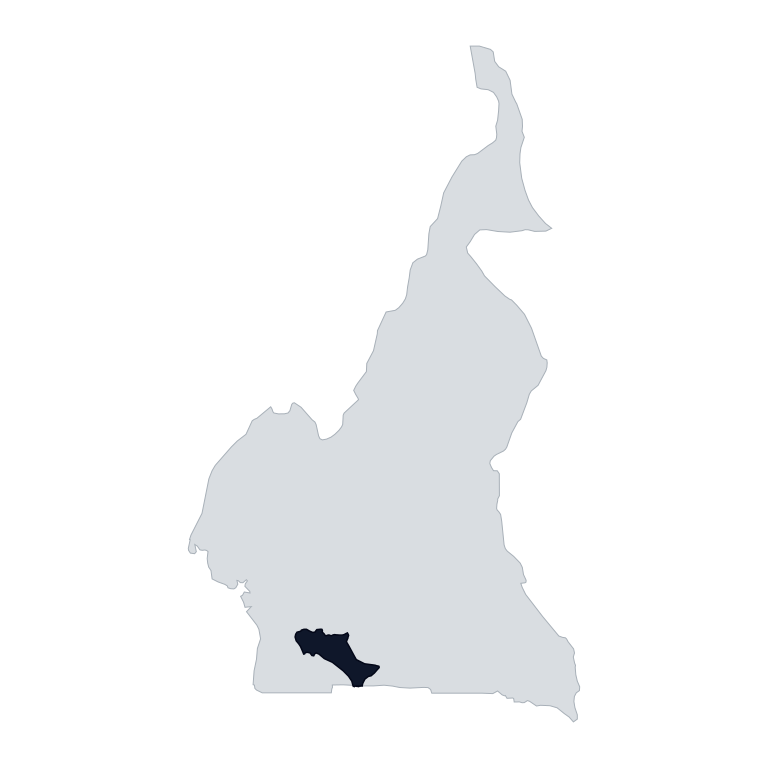 Mvila, Sud, Cameroon (highlighted)
{"feature_id": "32672807B58704883317804", "entity_name": "Mvila", "entity_type": "district", "adm_level": 2, "iso_a3": "CMR", "parent_name": "Cameroon", "parent_adm1": "Sud", "projection": "natural_earth1", "projection_center": [11.499, 2.757], "detail": "fine", "context": "in_parent", "style": "filled", "palette": "ink", "viewbox_px": 768, "rotation_deg": 0, "n_neighbors": 0, "source": "geoboundaries", "source_scale": "gbopen_adm2", "svg_char_len": 5158}
<svg xmlns="http://www.w3.org/2000/svg" viewBox="0 0 768 768"><path d="M189.5,539.6L191.0,535.0L202.0,513.4L208.9,478.8L212.1,470.7L215.3,465.3L231.4,446.9L237.3,441.0L246.0,434.3L252.2,420.8L254.2,419.4L257.0,418.2L270.7,406.8L272.0,409.0L272.9,411.7L273.9,413.0L278.4,413.9L284.5,413.8L288.0,413.0L289.9,410.7L291.8,404.3L292.9,403.1L294.4,402.8L301.1,407.3L312.1,419.8L314.9,422.0L316.1,424.5L318.6,435.9L319.9,438.7L322.3,439.9L326.6,439.1L331.1,437.1L335.0,434.2L338.9,430.4L341.5,427.0L342.7,424.5L343.2,415.2L344.1,413.1L358.5,399.7L358.1,398.4L355.8,394.6L353.7,390.4L355.8,386.1L358.0,382.8L366.4,371.6L366.8,363.4L373.5,350.7L377.3,333.8L377.5,330.6L386.1,312.0L395.3,310.3L398.8,307.7L402.8,303.1L405.4,298.8L406.7,294.7L407.6,286.9L409.2,277.9L410.2,270.0L412.9,262.7L417.5,259.1L425.4,256.0L426.6,254.6L427.8,249.8L428.9,233.7L430.2,226.6L437.6,218.6L440.8,206.0L443.7,192.8L452.0,176.9L461.8,161.1L466.3,156.8L470.1,154.9L474.5,154.7L477.6,153.5L488.1,145.6L492.5,142.9L495.7,140.2L496.5,137.8L496.8,134.3L495.8,126.2L497.6,120.2L498.6,110.9L499.0,103.6L498.6,101.1L496.7,96.9L493.5,92.4L488.2,89.7L481.0,88.9L477.1,87.3L475.7,79.0L475.2,73.7L470.2,46.1L479.4,46.1L490.5,49.4L493.2,51.9L494.7,61.4L498.7,66.8L505.7,71.2L510.1,80.3L511.9,94.1L515.8,102.3L516.7,103.7L522.2,119.3L522.5,126.4L522.0,131.3L524.3,137.3L520.9,147.5L520.0,153.8L519.7,162.7L521.7,178.2L525.0,190.3L528.5,200.0L532.4,207.5L538.7,215.9L545.5,223.5L551.7,228.3L545.9,231.1L534.7,231.4L528.2,229.8L525.1,229.7L522.0,230.7L510.0,232.2L497.9,231.5L486.6,229.6L479.8,229.9L474.5,234.5L470.3,241.5L466.3,247.0L467.7,253.1L470.7,256.5L476.6,263.9L481.8,271.1L484.5,275.9L494.9,286.5L504.9,296.0L509.7,299.3L511.5,299.9L516.9,305.4L524.5,314.3L531.5,328.2L541.3,356.1L543.4,358.4L546.8,359.9L547.2,362.8L546.9,367.2L545.9,370.7L538.1,385.3L531.3,390.9L529.3,394.3L526.8,402.8L520.6,419.3L517.9,421.6L511.8,432.9L506.8,447.1L505.5,449.2L503.5,451.0L496.4,454.5L494.0,456.2L490.3,460.7L489.8,463.5L491.5,467.5L493.5,470.7L497.3,470.8L499.3,473.8L499.4,495.7L497.7,499.0L497.7,500.5L496.9,504.3L496.6,508.5L497.2,510.1L498.6,511.5L500.6,514.4L501.7,521.2L504.1,544.9L505.3,548.6L507.3,551.2L513.6,556.3L520.2,563.1L522.3,567.4L523.5,574.6L526.1,580.2L526.0,582.1L525.0,582.8L520.8,583.3L522.2,587.4L525.7,594.5L542.6,616.5L558.8,636.0L562.6,637.4L565.4,637.8L566.6,639.0L568.1,641.8L573.6,648.9L574.5,653.0L573.3,657.0L574.6,663.1L575.5,665.3L575.2,667.3L575.8,674.7L577.3,681.2L579.7,686.8L579.4,690.6L576.3,692.8L574.4,696.4L573.9,701.5L574.9,707.6L577.3,714.8L577.3,719.1L573.4,721.9L569.1,717.0L564.3,713.6L557.1,707.8L549.9,705.7L540.5,705.3L536.5,706.0L529.6,701.3L527.4,700.6L524.3,702.6L522.1,702.7L519.5,701.9L514.2,702.0L513.7,698.6L512.8,698.0L507.0,698.3L505.3,695.5L504.5,695.8L502.2,694.9L497.6,691.0L492.8,693.6L482.7,693.2L431.8,693.2L430.6,689.5L428.1,687.6L423.5,687.4L410.0,688.1L399.7,687.5L392.7,686.1L384.1,685.2L373.5,685.9L362.5,685.9L343.0,684.8L332.3,685.0L332.5,687.3L331.8,688.9L331.3,692.8L262.2,692.8L256.6,690.1L254.9,688.4L254.4,685.1L253.1,684.7L254.1,670.8L256.5,659.2L257.4,648.5L260.6,638.8L258.9,629.3L256.9,625.2L246.5,611.7L251.3,606.6L245.0,607.3L243.6,602.3L240.6,596.3L242.5,595.3L244.3,592.0L250.0,593.0L249.8,591.4L244.9,586.3L245.3,583.8L247.4,580.9L246.4,579.7L242.9,582.7L240.3,582.6L238.3,580.7L236.9,580.4L237.8,584.2L235.8,587.7L233.9,588.9L230.7,588.7L228.0,587.8L227.3,585.9L224.9,584.4L218.0,581.9L212.1,578.9L211.0,570.6L208.7,567.1L207.7,563.1L207.2,558.5L208.0,551.5L206.5,550.4L204.8,550.0L202.3,550.3L200.0,549.9L197.2,546.0L194.8,544.5L196.3,551.7L194.6,553.7L190.4,553.1L188.6,550.4L188.3,548.4L190.2,539.7L189.5,539.6Z" fill="#d9dde1" stroke="#a8b0b8" stroke-width="1"/><path d="M320.9,629.2L316.8,629.6L314.8,632.2L312.6,632.4L309.8,631.2L307.4,629.8L306.5,629.3L303.9,629.3L301.4,630.1L300.9,630.9L300.6,631.3L299.2,631.6L297.0,632.2L296.4,633.2L295.7,634.2L295.1,637.0L296.2,640.8L298.7,643.8L300.5,646.5L302.6,651.4L303.7,654.1L304.6,653.9L305.3,652.7L307.3,652.3L310.0,652.9L311.9,655.5L313.7,655.8L314.9,653.6L316.3,653.0L319.0,654.1L324.3,658.6L332.4,662.3L343.2,670.8L348.5,676.2L351.8,681.1L352.8,685.0L353.3,686.4L354.0,686.4L354.4,686.6L354.6,686.3L354.9,686.1L355.1,686.0L355.3,686.2L356.0,686.2L356.5,686.3L356.5,686.0L356.6,685.9L356.8,685.9L357.1,686.0L357.4,686.3L357.8,686.1L358.1,686.1L358.1,686.5L358.6,686.6L358.8,686.0L359.3,685.9L359.8,686.2L360.2,685.8L360.4,685.8L360.6,686.1L361.0,686.1L361.3,686.0L361.4,685.6L361.7,685.7L362.0,686.0L362.3,686.0L362.3,685.1L362.9,683.0L364.9,679.1L368.4,676.4L371.1,675.8L373.3,673.9L374.4,673.0L377.5,669.4L377.8,669.1L379.0,667.8L379.2,667.1L378.8,666.2L376.5,665.7L375.1,665.2L364.6,663.8L356.3,659.6L354.7,656.8L348.8,645.9L346.4,641.8L347.1,639.9L347.9,638.1L348.0,637.2L348.6,635.5L348.3,634.5L347.4,632.9L346.3,633.4L346.1,633.5L344.1,634.6L342.1,635.1L341.9,635.1L340.0,635.1L337.2,634.9L336.5,634.9L334.6,634.6L334.3,634.7L333.1,634.9L331.3,635.8L329.5,635.2L329.2,635.0L328.2,635.0L326.5,635.6L326.3,635.7L325.3,635.6L324.0,633.7L322.3,632.2L322.4,630.5L322.0,629.4L321.1,629.2L320.9,629.2Z" fill="#0f172a" stroke="#020617" stroke-width="1.5"/></svg>